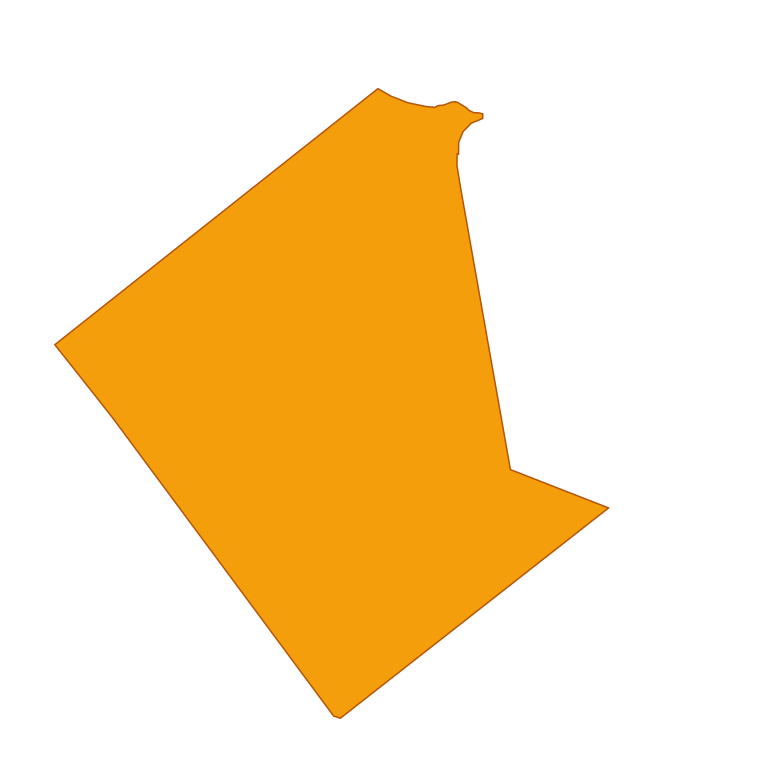 SVG path tracing the border of Inchiri, rotated 142°
{"feature_id": "MRT-2786", "entity_name": "Inchiri", "entity_type": "Region", "adm_level": 1, "iso_a3": "MRT", "parent_name": "Mauritania", "parent_adm1": "", "projection": "albers", "projection_center": [-15.985, 20.073], "detail": "fine", "context": "isolated", "style": "filled", "palette": "amber", "viewbox_px": 768, "rotation_deg": 142, "n_neighbors": 0, "source": "natural_earth", "source_scale": "10m", "svg_char_len": 603}
<svg xmlns="http://www.w3.org/2000/svg" viewBox="0 0 768 768"><g transform="rotate(142 384 384)"><path d="M207.0,620.5L201.1,606.2L192.1,591.0L179.9,576.6L176.0,572.9L175.2,572.5L174.4,571.0L172.7,570.5L170.7,570.3L168.9,569.4L165.4,567.1L157.3,564.6L154.0,562.6L152.4,560.1L149.0,550.8L148.4,546.9L146.3,542.7L142.3,539.2L139.9,536.0L142.8,532.5L154.8,535.8L166.3,534.2L176.4,528.4L183.8,519.2L184.7,520.3L192.2,511.0L203.7,489.9L337.1,238.7L283.4,148.1L624.2,147.5L628.1,153.3L618.7,523.7L618.8,557.1L619.2,617.6L610.8,617.7L207.0,620.5Z" fill="#f59e0b" stroke="#b45309" stroke-width="1.5"/></g></svg>